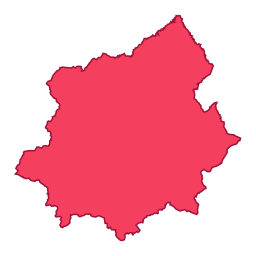 the district of Nyamagabe, Southern, Rwanda
{"feature_id": "39286606B14277660644276", "entity_name": "Nyamagabe", "entity_type": "district", "adm_level": 2, "iso_a3": "RWA", "parent_name": "Rwanda", "parent_adm1": "Southern", "projection": "orthographic", "projection_center": [29.511, -2.4], "detail": "fine", "context": "isolated", "style": "filled", "palette": "rose", "viewbox_px": 256, "rotation_deg": 0, "n_neighbors": 0, "source": "geoboundaries", "source_scale": "gbopen_adm2", "svg_char_len": 5745}
<svg xmlns="http://www.w3.org/2000/svg" viewBox="0 0 256 256"><path d="M201.5,48.5L199.9,46.5L200.7,44.7L198.8,43.8L198.3,44.4L196.9,44.4L196.1,43.7L196.1,43.0L195.0,42.8L195.1,42.0L193.9,41.2L194.2,40.1L193.3,39.7L193.8,39.3L192.8,39.0L193.2,38.5L191.5,37.2L192.3,35.9L189.8,34.9L190.4,34.6L190.0,32.5L189.1,32.4L187.1,29.4L185.5,28.3L185.3,27.1L184.4,26.4L184.0,26.7L183.8,25.5L184.2,25.2L183.1,24.4L183.3,23.0L182.2,22.5L181.8,20.8L182.3,18.9L181.1,18.5L180.2,15.9L178.9,15.5L177.3,16.1L176.2,15.5L175.6,17.8L174.7,17.6L174.2,18.2L175.2,19.8L174.3,20.5L173.5,20.5L173.3,19.7L172.5,20.0L173.4,21.7L174.5,22.2L172.8,22.5L172.2,21.7L171.4,22.8L170.8,21.7L169.5,23.9L167.7,24.3L166.9,25.4L165.5,26.0L165.5,26.9L164.3,27.6L164.5,28.5L163.6,28.1L163.2,29.0L162.4,28.8L162.6,29.9L161.0,29.4L160.4,31.1L159.6,30.5L158.4,30.6L157.4,32.2L158.4,34.6L157.0,33.8L156.7,32.8L155.9,33.9L155.6,36.2L153.5,35.5L153.2,35.8L152.7,35.1L152.0,36.1L151.0,36.3L151.0,37.0L148.0,37.9L146.9,39.3L147.1,39.8L145.8,38.3L144.1,38.6L143.6,40.5L142.0,42.4L142.3,43.1L141.8,43.7L140.4,44.7L139.3,44.6L137.2,47.6L135.4,47.9L134.9,49.2L133.4,49.8L133.6,50.4L132.6,52.7L133.3,53.7L132.0,56.2L131.4,55.5L130.3,57.0L129.2,56.0L125.6,56.0L124.3,53.5L122.6,54.6L121.4,54.7L120.7,55.9L119.7,55.2L119.3,55.8L118.1,55.7L118.8,56.9L116.5,57.0L114.6,58.3L114.0,57.2L110.3,57.1L109.7,56.4L107.0,55.2L106.2,54.1L103.1,53.3L101.4,56.8L99.9,57.6L98.5,57.5L96.2,59.8L94.2,58.4L92.9,58.8L91.3,60.5L91.4,61.3L90.8,61.4L90.3,62.4L89.1,63.2L89.4,64.0L88.3,64.6L87.1,66.8L86.4,67.0L86.5,67.6L85.2,67.9L84.6,69.1L84.7,70.2L83.6,70.7L81.7,71.0L82.3,69.8L81.0,67.4L81.2,66.6L80.0,66.3L77.0,66.4L75.1,68.0L73.3,66.7L71.1,68.0L62.0,67.1L60.8,67.8L60.0,67.6L59.8,69.1L57.9,70.7L56.7,71.0L53.0,75.5L50.9,80.6L48.2,81.3L46.8,83.0L46.5,83.6L47.2,84.6L49.1,85.6L49.9,88.1L49.7,89.2L50.9,90.7L50.2,92.4L50.5,94.1L54.1,98.2L56.3,98.9L56.4,101.5L59.3,103.7L59.9,105.5L59.0,106.7L59.4,108.7L56.9,110.2L56.2,111.4L56.0,113.3L55.1,115.1L55.4,115.8L52.4,116.7L52.5,118.8L50.6,121.6L48.6,121.0L47.9,121.4L47.2,122.6L47.5,123.7L45.5,127.2L45.6,127.9L47.3,129.0L48.0,131.4L49.7,131.2L50.5,131.8L50.5,133.3L51.2,134.1L50.5,135.5L51.7,137.1L50.6,139.2L51.3,140.1L49.7,140.9L49.8,143.7L48.4,146.2L45.0,145.6L43.2,146.2L42.2,147.6L40.8,148.0L39.2,147.1L36.9,147.1L34.7,150.7L29.8,150.6L24.1,151.5L23.5,152.9L23.7,154.9L22.5,155.4L21.6,158.0L20.2,159.7L19.7,163.8L17.6,165.3L16.2,167.7L15.9,168.6L18.0,170.4L17.5,171.8L15.4,174.0L18.2,174.6L22.4,177.1L22.8,176.7L24.0,178.1L24.6,177.9L25.6,178.6L28.9,178.3L30.8,180.4L35.0,181.4L35.8,180.3L39.2,180.1L40.0,182.1L41.3,183.3L43.7,184.6L44.9,186.2L46.0,186.4L47.8,188.4L47.7,190.5L48.2,192.0L47.3,193.8L48.7,194.1L48.2,194.7L48.7,198.6L47.6,199.6L47.9,200.5L45.9,203.9L45.9,205.4L46.9,205.6L49.8,204.7L51.4,206.1L53.4,206.2L54.6,205.5L57.2,206.7L57.8,208.5L56.8,210.7L56.1,211.3L56.5,214.3L55.3,215.5L55.4,216.3L56.1,216.9L60.4,216.5L61.5,217.5L60.3,219.7L61.6,221.2L59.9,225.1L60.9,226.9L62.7,227.6L63.4,226.6L66.8,225.6L69.5,223.4L70.0,222.2L69.6,221.3L70.0,219.3L70.7,218.5L70.6,214.9L71.5,215.2L73.5,214.4L76.9,214.4L78.1,215.0L78.1,215.7L80.1,216.8L81.8,215.8L83.1,215.8L86.2,214.0L90.7,214.3L90.9,215.6L92.5,216.5L95.8,217.0L98.7,215.6L104.2,217.9L105.1,223.4L106.2,223.2L107.2,223.8L107.2,227.5L108.7,228.4L110.2,227.1L111.6,229.7L115.7,230.0L115.4,231.0L116.3,233.9L115.7,235.0L117.0,237.3L120.3,240.2L122.0,240.5L124.4,239.7L125.1,236.9L124.8,235.0L125.8,233.5L126.6,233.7L127.3,233.0L128.4,233.9L129.7,232.8L131.3,232.8L132.0,233.4L132.4,233.2L132.3,234.2L132.9,234.8L133.8,233.3L135.8,232.5L136.5,231.6L137.2,231.5L138.0,232.4L139.6,231.1L139.9,230.2L139.3,229.3L138.6,228.9L137.7,227.0L136.0,225.2L138.8,222.8L139.9,222.9L140.8,222.3L142.9,222.7L143.3,219.7L144.6,217.9L146.6,217.1L146.9,215.8L150.1,215.4L150.3,214.9L152.6,214.5L154.5,213.1L156.7,213.1L157.4,213.6L158.1,213.3L158.1,210.9L158.9,210.0L160.2,209.4L161.3,210.1L162.3,209.9L162.6,208.8L163.8,208.7L164.9,207.8L165.4,205.7L165.1,204.9L165.9,204.8L166.6,203.0L170.1,202.4L170.0,204.9L170.9,204.8L174.3,207.1L175.6,208.8L180.1,211.0L184.8,209.6L187.0,211.5L189.7,211.0L190.7,212.2L196.8,214.4L197.8,212.8L197.4,210.1L198.1,206.0L198.7,204.9L197.9,203.5L196.2,202.4L195.2,199.7L194.5,199.3L194.2,197.8L195.2,196.4L196.4,196.8L196.5,195.4L197.8,193.2L199.1,193.1L199.0,192.7L200.8,191.9L204.7,188.8L205.9,188.5L205.7,187.0L203.4,185.1L201.8,181.7L201.6,180.7L202.5,178.4L202.0,177.7L202.1,175.3L200.9,173.8L200.8,172.2L201.7,170.9L204.0,169.4L206.8,171.4L209.4,171.7L210.4,171.2L211.6,168.2L212.9,167.1L216.3,166.2L220.2,164.1L220.7,163.2L221.5,163.3L222.7,159.6L227.1,152.8L227.2,149.1L230.4,146.2L233.9,144.5L235.6,144.4L237.0,143.2L238.3,140.9L239.8,140.7L240.6,138.3L236.9,136.5L236.1,136.5L234.1,134.9L229.0,134.3L226.8,133.3L226.7,131.7L223.7,126.8L224.2,124.2L224.0,122.0L221.1,121.3L220.9,118.9L220.1,118.6L221.0,117.5L219.9,115.8L220.0,114.9L218.8,114.3L217.6,111.3L216.2,109.5L215.6,104.7L216.5,103.9L216.9,102.4L214.6,102.8L211.4,105.6L210.5,107.3L209.9,107.1L209.7,108.9L207.2,111.0L204.4,112.0L203.3,111.7L203.0,110.0L200.9,108.3L201.0,105.9L200.1,104.6L199.5,104.5L199.2,103.3L197.8,102.3L196.1,99.9L194.0,98.5L194.7,95.4L194.4,92.2L193.4,91.0L193.8,90.8L193.3,90.6L193.6,89.3L195.8,89.2L196.1,88.6L196.9,89.3L197.5,89.0L198.4,84.8L197.9,84.5L198.4,84.0L197.9,83.9L198.8,83.5L198.5,83.2L201.4,82.1L201.4,81.0L202.4,80.7L202.3,80.0L203.5,78.4L204.2,78.6L205.8,76.8L210.2,74.1L213.3,65.7L212.0,64.1L211.7,64.5L211.0,63.8L209.6,63.8L208.5,62.6L208.4,61.2L207.0,60.8L207.4,60.2L206.1,59.7L205.7,58.1L205.2,57.9L205.5,56.5L205.0,56.5L205.4,55.6L204.9,55.3L205.4,55.2L204.5,53.8L204.1,50.6L203.2,49.1L202.6,49.4L202.7,48.9L201.5,48.5Z" fill="#f43f5e" stroke="#9f1239" stroke-width="1.5"/></svg>